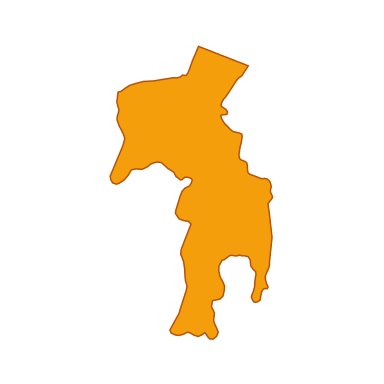 Kapit, Sarawak, Malaysia, rotated 113°
{"feature_id": "92858781B45914425263200", "entity_name": "Kapit", "entity_type": "district", "adm_level": 2, "iso_a3": "MYS", "parent_name": "Malaysia", "parent_adm1": "Sarawak", "projection": "albers", "projection_center": [113.189, 2.18], "detail": "fine", "context": "isolated", "style": "filled", "palette": "amber", "viewbox_px": 384, "rotation_deg": 113, "n_neighbors": 0, "source": "geoboundaries", "source_scale": "gbopen_adm2", "svg_char_len": 2888}
<svg xmlns="http://www.w3.org/2000/svg" viewBox="0 0 384 384"><g transform="rotate(113 192 192)"><path d="M128.9,299.1L138.5,296.4L141.7,294.1L144.6,291.5L148.1,290.7L151.9,290.3L154.7,289.3L156.9,287.4L159.8,284.7L162.3,281.5L165.9,277.4L169.0,274.8L173.6,274.0L177.2,273.7L209.4,273.5L212.3,271.7L214.6,268.6L214.4,264.8L212.5,262.5L207.5,259.2L202.4,257.5L195.3,256.4L192.7,252.8L190.6,246.7L186.3,242.9L181.8,240.5L178.1,236.1L176.9,231.8L178.6,226.5L179.7,223.7L180.4,218.9L181.2,216.0L183.9,212.9L185.4,207.3L184.6,206.0L181.3,204.4L180.1,202.0L179.9,198.2L180.6,196.5L184.3,196.2L187.3,196.6L189.2,198.3L191.2,200.0L195.1,201.4L200.5,201.3L215.2,199.7L218.1,199.0L221.8,193.4L221.5,187.9L220.4,183.9L221.9,180.4L249.2,179.5L253.8,178.0L256.2,175.5L259.7,172.3L265.9,168.6L272.7,165.3L276.1,163.4L280.5,159.8L285.3,158.8L304.0,157.1L309.2,156.5L315.5,157.2L327.7,158.4L328.7,157.4L330.0,156.0L330.1,151.3L329.3,148.2L326.1,144.1L322.8,141.5L322.4,138.8L323.0,134.5L322.6,129.8L319.3,126.8L316.7,125.6L317.0,124.0L319.3,120.7L320.3,118.3L319.1,115.1L315.3,113.0L310.7,113.1L306.4,117.5L303.1,121.1L300.3,122.4L295.1,123.8L292.7,126.0L290.1,129.2L284.0,130.7L282.1,127.9L279.6,124.4L275.8,122.8L269.8,123.9L265.8,125.3L262.6,128.6L258.9,133.1L254.5,136.3L249.8,138.2L243.2,137.7L241.9,136.0L236.2,132.7L234.9,131.1L234.2,128.3L233.5,126.0L231.6,123.6L231.2,120.9L230.3,119.1L229.6,115.0L231.7,112.0L234.5,110.5L237.2,108.8L239.5,105.2L240.2,102.6L242.7,100.9L245.7,100.3L250.1,99.1L254.0,97.5L259.3,96.7L261.8,96.7L265.2,96.4L265.8,96.0L266.4,95.5L267.9,93.9L268.9,92.3L268.9,90.9L268.3,89.8L267.4,88.7L265.3,87.1L263.6,87.4L258.2,88.7L255.3,88.8L253.6,88.3L252.4,87.3L251.6,85.0L249.6,84.9L248.2,86.6L245.9,88.7L242.9,90.8L240.6,91.7L236.8,91.7L231.0,91.7L228.9,92.2L226.6,93.2L202.5,100.6L184.2,110.9L173.0,117.5L166.4,115.8L165.1,115.8L163.8,117.2L161.3,119.9L158.3,120.9L156.2,120.9L152.8,123.6L151.8,124.8L151.2,126.2L150.7,127.8L151.1,130.6L151.9,131.9L152.7,133.5L152.7,135.9L152.7,137.6L152.8,138.9L152.8,141.7L153.1,143.8L153.0,145.4L152.7,147.4L151.3,148.8L148.3,150.3L146.0,151.4L143.7,153.1L143.1,156.1L143.3,159.5L142.3,161.6L139.2,163.4L131.0,165.5L127.4,165.9L124.4,166.7L121.0,167.6L119.2,168.9L119.2,171.2L119.6,174.1L120.3,177.5L120.0,179.4L119.3,181.5L117.8,184.7L116.8,187.6L115.1,190.5L112.6,193.8L110.4,195.4L109.3,194.6L108.1,192.3L107.0,190.2L104.4,190.5L102.9,192.7L102.1,196.0L101.8,198.6L99.8,199.5L97.3,199.5L94.3,199.2L92.4,198.5L89.3,197.8L85.9,197.0L82.0,196.4L78.6,195.8L75.7,195.3L72.7,194.8L69.6,194.0L65.5,191.5L53.9,189.5L55.4,242.9L64.6,242.8L67.4,242.9L70.8,242.9L75.5,242.6L80.0,242.3L84.4,242.3L86.6,242.9L87.4,243.8L88.2,246.6L90.5,247.5L93.2,251.1L93.7,253.1L95.0,255.3L104.8,270.8L109.3,280.0L112.0,283.5L114.4,286.6L118.0,290.8L121.4,293.3L124.1,294.9L127.2,296.7L128.9,299.1Z" fill="#f59e0b" stroke="#b45309" stroke-width="1.5"/></g></svg>